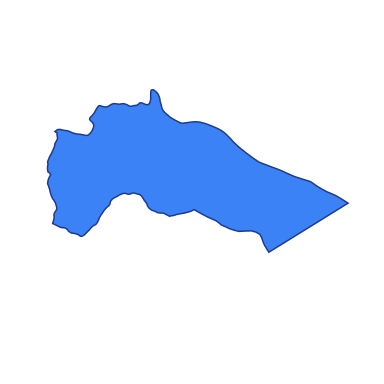 outline of Gelephu, Geylegphug, Bhutan, rotated 291°
{"feature_id": "84629894B89985438544464", "entity_name": "Gelephu", "entity_type": "district", "adm_level": 2, "iso_a3": "BTN", "parent_name": "Bhutan", "parent_adm1": "Geylegphug", "projection": "mercator", "projection_center": [90.486, 26.911], "detail": "fine", "context": "isolated", "style": "filled", "palette": "blue", "viewbox_px": 384, "rotation_deg": 291, "n_neighbors": 0, "source": "geoboundaries", "source_scale": "gbopen_adm2", "svg_char_len": 5977}
<svg xmlns="http://www.w3.org/2000/svg" viewBox="0 0 384 384"><g transform="rotate(291 192 192)"><path d="M163.3,285.3L237.5,341.7L238.4,337.4L238.8,335.5L239.3,332.7L239.6,330.8L239.8,329.8L240.1,327.9L240.3,326.0L240.3,325.1L240.4,323.1L240.5,319.3L240.6,317.4L240.7,316.5L241.0,314.6L241.2,312.7L241.5,310.8L241.8,308.9L242.2,307.0L242.4,306.1L242.6,305.2L243.3,302.4L243.8,300.5L244.0,299.6L244.1,298.7L244.1,297.7L243.7,292.0L243.4,286.3L243.2,283.4L243.2,281.5L243.2,280.5L243.3,278.6L243.6,272.9L243.9,268.1L244.0,265.3L244.0,262.4L243.9,256.7L243.9,254.8L243.9,247.1L243.9,245.2L243.9,244.2L244.0,243.3L244.7,240.5L245.1,238.6L245.6,236.8L246.1,234.9L246.9,232.2L247.9,228.5L248.8,225.8L249.9,222.1L250.5,220.3L251.2,218.5L251.9,216.8L253.0,214.1L253.3,213.2L253.8,212.4L254.2,211.5L255.5,209.0L256.3,207.2L257.5,204.6L258.2,202.9L258.5,202.0L258.9,201.1L259.2,200.2L259.4,199.2L259.7,198.3L259.9,197.4L260.0,196.4L260.2,195.5L260.3,194.5L260.4,193.6L260.5,191.7L260.6,189.8L260.7,186.0L260.7,183.1L260.7,181.2L260.6,179.3L260.2,175.5L260.1,174.4L259.3,171.6L259.0,170.7L258.7,169.8L258.3,168.9L257.9,168.1L257.5,167.2L256.6,165.5L253.9,160.5L253.4,159.7L253.0,158.8L252.6,157.9L252.5,157.0L252.4,156.0L252.5,155.1L252.6,154.1L252.8,152.2L253.0,150.3L253.2,149.4L254.0,144.7L254.3,143.8L254.7,142.9L255.1,142.0L255.6,140.2L256.0,139.3L256.3,138.4L256.7,137.6L257.2,136.7L257.6,135.9L258.9,134.5L259.6,133.8L260.4,133.3L262.8,131.7L263.5,131.1L265.0,130.0L265.8,129.4L266.7,129.0L267.5,128.5L268.3,128.0L269.0,127.4L269.7,126.7L270.4,126.1L271.1,125.4L271.6,124.6L272.1,123.8L272.5,122.9L272.9,122.0L273.1,121.1L273.4,120.2L273.5,119.3L273.3,118.3L272.7,117.6L271.8,117.4L270.9,117.6L269.1,118.2L266.4,119.2L264.6,119.9L263.7,120.1L262.8,120.4L261.8,120.5L260.9,120.6L259.9,120.6L259.0,120.4L258.2,119.9L257.6,119.2L257.2,118.3L257.1,117.3L257.2,115.4L257.2,114.5L257.1,113.5L257.0,112.6L256.6,111.4L255.8,111.0L254.9,110.6L254.1,110.1L253.4,109.5L252.8,108.8L252.0,107.0L251.5,106.2L250.8,105.5L250.3,104.7L249.9,103.9L249.9,102.9L249.9,101.9L250.1,101.0L250.2,100.0L250.2,99.1L250.1,98.1L250.1,97.2L249.9,96.2L249.5,95.4L249.0,94.5L248.5,93.7L248.0,92.9L247.7,92.0L247.5,91.1L247.3,90.1L246.8,88.3L246.5,87.4L246.0,86.6L245.4,85.8L244.7,85.2L244.0,84.6L243.2,84.0L242.4,83.5L241.7,82.8L241.1,82.1L240.6,81.3L240.3,80.4L240.0,79.5L239.9,78.5L239.8,77.6L239.7,76.6L239.7,75.7L239.5,74.7L238.9,74.0L238.0,73.6L237.1,73.4L236.2,73.2L235.2,73.0L232.4,72.6L231.5,72.5L230.5,72.3L229.6,72.0L228.7,71.8L226.9,71.1L225.2,70.3L224.3,70.1L223.3,70.3L222.6,71.0L222.2,71.8L221.8,72.7L221.4,73.6L221.0,74.4L220.4,75.2L219.8,75.9L219.0,76.4L218.1,76.6L217.1,76.8L216.2,76.9L214.9,76.8L213.9,76.8L213.0,76.6L212.1,76.4L211.1,76.2L210.3,75.9L209.4,75.5L208.5,75.0L207.8,74.5L207.2,73.7L206.9,72.8L206.7,71.8L206.5,70.9L206.0,68.1L205.9,67.1L205.6,66.2L205.1,64.4L204.9,63.4L204.7,62.5L204.6,61.5L204.5,60.6L204.4,59.6L204.4,58.7L204.6,56.8L204.6,55.8L204.6,54.9L204.5,53.9L204.4,53.0L204.1,52.1L203.9,51.1L203.7,50.2L203.5,49.2L203.4,48.3L203.3,47.4L203.1,46.1L202.4,44.7L201.8,43.9L200.9,43.4L200.0,42.7L199.4,42.3L199.1,43.0L199.0,44.1L198.6,45.1L197.7,45.2L195.9,46.1L194.2,47.2L193.3,47.3L191.3,47.2L189.3,46.9L188.0,46.7L185.8,47.2L183.9,47.3L181.1,47.2L177.2,46.9L175.3,46.6L172.7,46.4L171.0,46.4L168.8,46.3L167.4,46.9L166.2,47.7L164.7,47.8L162.0,48.7L160.3,49.5L159.1,50.4L158.8,52.2L157.6,53.7L156.8,53.9L155.6,53.5L153.7,53.4L152.0,53.4L150.0,53.7L148.0,54.2L146.9,55.3L145.4,56.5L143.6,58.0L142.8,58.5L141.2,59.6L140.5,60.1L138.3,61.9L137.5,62.6L136.9,63.2L136.2,63.9L135.6,64.7L135.1,65.5L134.6,66.3L133.4,67.7L132.7,68.5L132.0,69.1L130.6,70.2L129.0,71.3L128.2,71.7L127.2,71.9L126.3,71.8L125.4,71.6L124.4,71.3L123.5,71.1L122.6,71.1L121.6,71.2L120.7,71.5L119.1,72.4L118.0,72.6L117.1,72.8L114.9,73.0L114.0,73.0L112.6,73.2L112.7,73.9L112.5,74.8L112.4,76.7L112.3,77.5L112.1,79.4L112.0,80.4L112.0,81.3L112.0,82.3L112.1,83.2L112.6,84.8L112.9,86.5L112.7,87.8L112.3,89.2L111.4,90.2L111.2,91.1L110.8,92.0L110.6,92.9L110.5,93.8L110.6,94.8L110.9,95.7L111.1,96.6L111.2,97.6L111.3,98.5L111.5,100.4L111.4,101.4L110.8,103.2L110.8,104.2L111.2,105.0L111.9,105.7L112.6,106.3L113.4,106.9L114.2,107.3L115.1,107.6L116.0,108.0L118.6,109.2L119.4,109.6L122.1,110.5L123.0,110.9L123.9,111.3L124.7,111.7L125.5,112.3L126.2,112.9L126.9,113.6L127.7,114.0L128.6,114.3L129.5,114.5L130.5,114.6L131.4,114.7L132.4,114.8L133.3,114.8L134.3,114.8L135.2,114.8L136.2,115.0L137.1,115.1L141.7,116.2L142.7,116.4L143.6,116.7L145.4,117.3L146.3,117.7L147.1,118.0L148.6,118.8L149.4,119.3L151.2,119.7L152.0,119.5L152.7,119.5L153.7,119.3L155.1,119.5L155.8,119.9L156.8,120.1L158.3,121.1L159.0,121.8L159.8,122.5L160.3,123.0L160.9,123.6L161.7,124.0L162.2,124.5L163.8,125.8L164.3,126.4L164.7,127.0L165.3,127.5L165.9,128.0L166.3,129.0L166.7,129.8L166.9,130.7L167.0,132.7L167.2,133.6L167.6,134.5L168.1,135.1L168.5,135.8L169.3,136.3L169.9,137.2L170.2,138.4L170.4,139.2L170.4,140.1L170.5,141.0L170.6,141.9L170.8,142.7L171.0,143.5L170.7,144.4L170.6,145.3L170.2,146.3L169.7,147.0L167.4,150.1L166.8,150.8L166.4,151.7L165.9,152.5L165.3,153.3L164.7,154.0L163.3,155.3L162.7,156.0L162.1,156.8L161.6,157.6L161.3,158.4L161.0,159.3L160.7,160.2L160.6,161.2L160.6,162.1L160.6,163.1L160.8,164.0L160.7,165.0L160.5,165.9L160.4,166.9L160.5,167.8L160.7,168.8L160.9,169.7L161.2,170.6L161.6,171.5L161.9,172.4L162.0,173.3L161.8,175.2L161.3,179.9L162.0,180.6L162.5,181.4L162.9,182.3L163.4,183.1L163.9,183.9L164.5,184.6L165.2,185.3L165.7,186.1L166.8,187.7L168.2,190.1L169.2,191.8L170.3,193.4L170.8,194.1L171.9,195.7L172.5,196.4L173.1,197.2L173.7,197.9L174.4,198.6L175.1,199.2L176.3,200.3L175.1,208.3L174.2,216.0L173.8,224.7L172.2,230.1L171.8,230.9L171.5,236.3L171.2,240.4L171.5,245.9L172.1,250.1L175.0,256.5L177.2,262.0L177.1,263.1L177.5,265.9L176.7,270.6L176.0,271.4L175.4,272.1L174.8,272.9L174.2,273.5L173.4,274.2L171.1,276.1L169.0,278.1L168.3,278.8L167.7,279.5L167.2,280.3L163.3,285.3Z" fill="#3b82f6" stroke="#1e3a8a" stroke-width="1.5"/></g></svg>